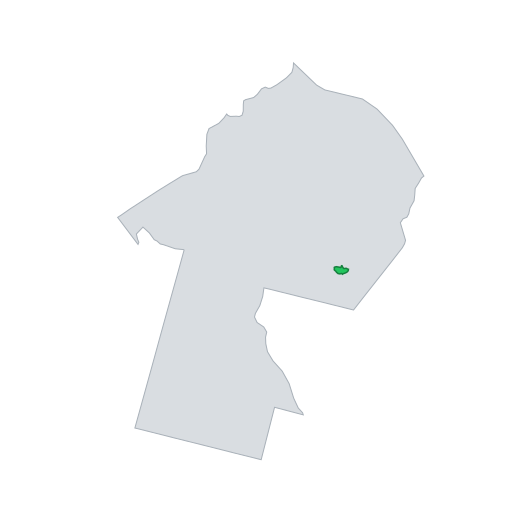 location of Soloma, Huehuetenango, Guatemala, rotated 194°
{"feature_id": "79465075B1417859081281", "entity_name": "Soloma", "entity_type": "district", "adm_level": 2, "iso_a3": "GTM", "parent_name": "Guatemala", "parent_adm1": "Huehuetenango", "projection": "equal_earth", "projection_center": [-91.436, 15.697], "detail": "fine", "context": "in_parent", "style": "filled", "palette": "green", "viewbox_px": 512, "rotation_deg": 194, "n_neighbors": 0, "source": "geoboundaries", "source_scale": "gbopen_adm2", "svg_char_len": 2648}
<svg xmlns="http://www.w3.org/2000/svg" viewBox="0 0 512 512"><g transform="rotate(194 256 256)"><path d="M112.4,374.2L114.3,371.7L115.9,366.0L117.9,360.1L116.7,353.3L116.0,347.8L118.2,339.8L118.0,333.8L119.0,330.1L122.3,327.7L124.0,323.2L114.7,307.4L114.8,303.8L116.0,299.4L123.5,282.5L132.5,262.5L142.4,240.5L148.3,227.2L170.0,227.2L184.3,227.2L202.5,227.1L222.3,227.1L235.2,227.1L240.6,227.0L239.7,218.3L240.3,208.8L242.7,200.2L242.7,196.4L238.8,191.7L231.3,189.0L227.2,184.8L227.1,179.6L225.3,173.3L221.7,165.9L214.1,158.3L202.7,150.6L193.0,140.2L185.0,127.1L178.2,118.7L172.9,115.2L171.7,113.3L187.0,113.5L201.4,113.7L201.5,95.0L201.6,78.4L201.7,59.6L227.8,59.6L259.1,59.7L291.5,59.7L316.9,59.8L331.9,59.8L331.3,83.0L330.6,109.9L330.1,129.7L329.5,156.2L328.8,183.3L327.8,220.2L327.2,244.1L327.6,244.7L336.1,243.5L348.7,244.6L351.8,244.5L355.7,246.6L358.7,247.2L365.1,252.6L372.7,256.7L377.4,248.4L374.9,243.5L373.0,241.0L373.3,238.7L399.6,260.0L396.5,263.3L389.9,270.9L377.8,283.9L367.0,295.5L356.7,306.1L347.3,315.6L346.2,316.5L334.3,323.3L332.3,326.5L329.8,339.9L328.7,343.2L330.9,350.7L333.1,362.2L332.4,368.3L324.2,375.7L320.4,382.4L318.8,386.7L317.3,385.6L314.7,385.2L308.8,386.9L306.0,387.3L303.6,389.2L303.4,393.4L305.0,400.1L305.5,403.6L303.9,405.2L296.6,409.2L293.8,413.2L291.1,419.5L287.9,422.1L284.6,421.6L282.2,422.5L277.2,427.2L269.6,436.2L265.6,442.9L265.5,447.9L266.3,452.4L238.6,436.5L229.4,433.8L190.7,434.1L174.0,427.8L155.1,415.8L142.3,404.8L112.4,374.2Z" fill="#d9dde1" stroke="#a8b0b8" stroke-width="1"/><path d="M177.3,263.9L177.2,263.7L177.1,263.3L177.0,262.9L176.9,262.6L176.9,262.1L176.8,261.8L176.7,261.6L176.5,261.3L176.3,261.3L175.9,261.0L175.4,260.8L174.8,260.5L174.3,260.0L174.1,259.8L173.7,259.5L173.0,259.3L172.7,259.1L172.2,258.8L171.8,258.8L171.2,258.9L170.3,258.9L170.1,259.0L169.6,259.3L169.3,259.5L168.9,259.7L168.6,259.7L168.3,259.7L168.2,259.6L168.0,259.4L167.8,259.2L167.6,259.4L167.3,259.7L167.1,259.9L166.9,260.0L166.7,260.2L166.2,260.5L165.8,260.8L165.3,261.1L165.2,261.2L165.0,261.3L164.7,261.6L164.4,261.8L164.2,262.0L163.7,262.6L163.4,263.0L163.2,263.5L163.1,263.8L163.0,264.1L163.0,264.8L163.1,265.3L163.1,265.5L163.4,265.5L163.9,265.5L164.4,265.6L164.8,265.8L165.1,265.9L166.1,265.7L166.5,265.6L166.8,265.4L167.3,265.2L167.6,265.1L167.9,265.2L168.1,265.2L168.4,265.5L168.9,265.9L169.1,266.1L169.5,266.5L169.8,267.0L170.0,267.1L170.2,267.3L170.3,267.4L170.6,267.3L170.8,266.8L170.8,265.6L171.0,265.3L171.5,265.2L172.2,265.3L173.1,265.3L174.0,265.1L175.0,265.2L175.8,264.9L176.1,264.7L176.3,264.6L176.6,264.5L177.1,264.1L177.3,263.9Z" fill="#22c55e" stroke="#15803d" stroke-width="1.5"/></g></svg>